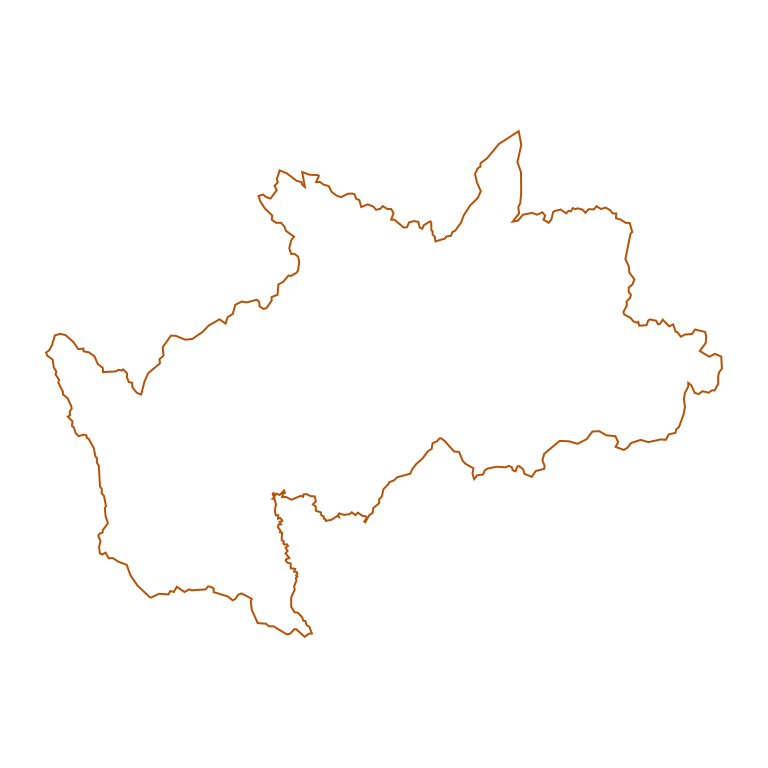 Pasco, Pasco, Peru
{"feature_id": "86281439B9789876914090", "entity_name": "Pasco", "entity_type": "district", "adm_level": 2, "iso_a3": "PER", "parent_name": "Peru", "parent_adm1": "Pasco", "projection": "orthographic", "projection_center": [-76.088, -10.729], "detail": "fine", "context": "isolated", "style": "outline", "palette": "amber", "viewbox_px": 768, "rotation_deg": 0, "n_neighbors": 0, "source": "geoboundaries", "source_scale": "gbopen_adm2", "svg_char_len": 6069}
<svg xmlns="http://www.w3.org/2000/svg" viewBox="0 0 768 768"><path d="M258.5,196.0L260.3,201.3L264.8,208.4L272.3,215.6L271.7,219.7L276.1,222.8L281.1,222.8L284.6,226.9L285.8,230.7L294.0,236.7L291.3,240.2L289.2,248.1L291.2,254.0L294.4,253.8L298.1,256.7L299.3,262.1L298.0,270.6L296.4,272.8L290.9,276.0L288.5,275.5L283.1,281.9L278.4,284.4L277.5,294.8L271.7,297.0L271.6,300.7L266.5,308.0L263.5,309.0L259.7,306.5L259.1,301.7L256.8,299.7L247.0,302.4L241.9,301.5L235.3,304.8L232.8,313.9L227.6,317.1L225.6,323.6L219.5,319.3L208.8,325.5L202.6,331.9L192.4,338.9L185.3,339.7L175.8,335.8L171.0,335.6L162.7,347.2L163.5,355.8L159.5,359.1L159.9,363.4L148.2,373.2L144.5,381.5L141.1,394.5L137.0,392.9L133.7,389.1L132.2,386.6L132.3,382.9L128.8,382.0L126.9,377.2L127.2,373.6L123.1,369.4L121.6,370.6L118.8,369.8L115.6,371.4L103.0,372.1L102.8,367.9L97.8,364.1L94.5,356.4L88.9,352.3L83.6,351.3L83.4,348.6L78.2,349.1L73.4,342.0L65.5,335.1L60.1,333.8L54.9,335.4L52.0,345.2L49.2,350.3L46.1,352.6L47.1,355.5L52.7,359.7L53.8,367.5L56.3,371.5L55.6,374.6L59.0,379.6L58.3,382.5L63.0,391.9L62.8,394.4L67.5,398.0L71.2,406.0L71.7,408.7L69.7,411.5L70.0,415.3L67.8,416.6L72.5,421.4L72.0,426.0L73.9,427.5L75.6,433.1L78.6,436.1L84.0,434.6L86.5,435.5L86.9,438.1L88.6,438.7L93.7,447.9L95.5,456.8L96.9,457.9L96.9,462.6L98.8,465.8L100.0,486.5L101.8,489.0L101.7,493.4L104.0,495.9L106.0,506.0L104.8,508.2L105.6,516.1L107.9,523.3L102.9,530.0L102.6,532.6L99.7,533.6L98.3,535.8L100.5,541.1L99.1,546.9L99.9,553.4L102.4,554.5L105.5,552.6L108.6,558.2L113.0,558.2L118.3,561.7L126.7,564.8L130.4,575.2L137.3,585.3L149.7,597.1L151.0,597.6L159.0,593.8L168.5,594.4L170.2,591.1L173.9,591.9L176.8,586.8L184.5,592.0L189.0,589.4L191.8,590.3L205.7,589.4L208.0,586.5L210.2,586.6L213.7,588.4L213.6,592.1L227.7,596.4L232.6,600.3L235.2,599.1L238.2,594.7L241.6,593.4L251.7,598.8L250.8,601.8L251.8,609.9L257.7,623.1L265.9,623.7L268.9,626.2L273.7,626.4L286.8,634.4L290.1,633.7L294.3,629.2L296.3,629.3L304.6,636.8L309.1,633.6L311.9,633.5L309.4,626.9L306.4,625.0L305.5,621.1L303.2,620.6L302.2,617.4L298.0,612.8L294.5,612.2L291.2,606.8L291.2,597.3L294.7,589.8L294.1,586.3L296.4,580.7L295.9,577.8L297.3,576.6L296.1,575.3L297.4,573.6L296.8,572.0L294.1,571.6L295.1,568.9L290.7,568.2L290.7,563.5L287.4,562.6L285.7,560.7L286.0,559.4L289.3,558.0L285.5,553.4L287.6,551.0L285.6,547.6L288.0,545.9L286.8,544.2L284.7,544.7L283.3,543.6L283.9,541.6L281.7,540.0L282.0,532.7L280.0,532.3L280.6,530.8L277.9,527.3L278.6,524.4L281.0,524.4L279.7,521.8L282.1,521.2L282.2,520.2L280.1,517.9L278.0,518.7L278.2,515.2L275.8,515.3L274.8,510.4L276.0,504.4L274.5,499.1L272.7,498.7L274.3,497.5L272.6,494.3L273.5,493.0L275.3,495.2L276.4,493.6L279.6,495.0L284.1,490.5L284.9,492.8L283.1,493.7L282.0,497.1L286.0,497.0L291.6,499.7L300.5,495.9L303.1,496.7L303.4,494.4L306.6,494.1L310.5,496.1L314.7,496.4L315.9,501.3L312.9,504.4L315.8,506.6L315.7,510.7L320.9,512.4L321.4,515.5L323.7,516.4L323.7,518.6L325.4,519.1L325.7,520.9L331.4,519.8L337.0,516.1L339.0,517.0L338.2,514.8L339.1,513.4L344.1,514.9L349.8,514.1L351.7,512.3L355.4,515.1L357.9,512.7L362.7,516.0L365.5,516.2L366.9,518.1L364.3,521.5L365.2,522.3L369.2,515.2L372.7,512.8L373.2,508.2L379.2,503.1L379.1,499.6L381.9,496.2L383.5,489.1L388.9,483.6L389.0,482.3L394.1,480.3L397.2,477.2L410.3,473.7L412.1,469.3L416.3,464.0L422.6,458.3L428.0,451.2L431.7,448.8L432.5,443.3L437.3,441.1L439.3,438.5L441.1,438.3L444.6,440.9L454.1,451.5L459.1,451.9L462.6,460.7L465.3,463.7L473.4,468.3L472.5,473.7L474.1,479.1L477.2,475.3L483.1,474.5L484.7,470.5L487.3,468.6L496.8,466.7L505.4,467.3L508.9,465.9L511.8,467.1L512.7,470.3L515.5,471.3L517.3,466.5L519.3,466.1L523.2,469.4L524.5,473.9L531.7,476.9L535.8,471.0L544.1,468.9L544.6,465.9L542.4,460.3L544.2,453.8L559.6,440.9L569.0,441.3L577.4,443.8L586.6,439.2L592.4,431.5L599.3,431.2L606.4,435.3L615.4,436.2L618.1,442.2L615.6,446.9L623.9,449.9L627.4,447.7L631.1,443.0L640.7,439.9L648.4,442.1L660.9,439.4L665.8,439.8L668.8,434.4L675.5,432.8L676.0,429.6L679.0,427.0L683.4,414.9L685.0,407.1L683.9,399.2L684.9,392.9L688.3,386.5L688.3,382.9L691.3,385.2L694.7,392.9L698.8,394.0L702.6,391.2L708.7,392.7L712.1,390.2L714.6,390.5L718.2,383.8L718.2,376.1L719.1,372.3L721.9,368.6L721.3,356.7L715.1,353.8L709.4,356.7L699.8,351.0L705.7,343.0L706.2,336.3L705.1,331.9L695.0,329.5L692.0,334.0L685.1,334.5L680.8,336.7L677.3,332.0L675.6,331.7L673.2,324.4L669.2,326.3L662.7,319.7L660.0,323.8L658.0,324.3L656.2,320.8L649.9,319.4L648.2,320.6L646.5,325.2L639.3,325.7L638.2,321.9L636.6,322.6L633.3,321.3L630.6,317.9L624.2,314.5L623.4,312.1L626.9,305.5L626.5,301.6L630.2,297.7L630.9,294.7L628.7,291.9L628.7,287.5L632.5,284.5L634.4,279.2L629.4,272.8L628.7,266.2L625.4,259.1L630.5,233.7L632.2,232.0L629.7,223.0L625.6,222.8L620.9,219.7L615.9,218.2L616.3,213.5L612.7,213.4L610.1,210.1L605.6,207.6L600.9,209.0L596.5,206.2L593.9,209.4L588.6,209.2L585.4,212.8L582.5,209.6L577.5,208.3L575.5,209.2L572.8,208.1L570.9,211.3L568.5,210.8L566.2,213.4L560.6,209.5L554.6,211.0L553.1,212.2L551.3,219.6L548.7,222.8L543.5,219.7L545.2,215.7L542.3,212.3L537.1,214.7L532.1,212.9L523.0,214.7L517.9,220.7L512.7,221.6L519.1,213.4L518.3,207.0L520.3,203.1L521.2,192.3L521.0,172.2L517.4,162.1L521.3,144.9L518.7,131.2L499.0,143.9L487.0,158.3L480.6,163.1L480.2,166.8L477.6,168.4L475.0,173.9L477.0,182.6L480.8,191.2L477.9,197.8L469.9,205.7L463.5,215.9L461.1,222.5L455.2,230.7L452.4,232.0L451.0,235.8L446.4,236.5L444.8,238.6L435.4,241.4L434.8,236.8L432.6,234.6L432.6,231.3L431.4,230.3L431.2,222.5L430.2,221.3L423.8,225.2L422.3,228.7L419.7,227.5L418.4,221.9L414.0,221.1L409.0,222.4L407.0,227.2L403.6,227.5L394.6,219.8L391.2,219.6L393.5,213.1L391.2,209.0L387.2,209.0L382.7,206.1L380.3,208.8L376.1,209.8L373.3,206.5L367.6,204.4L361.3,207.0L359.3,200.1L356.2,198.8L354.5,194.3L352.6,193.6L348.0,193.7L341.1,197.1L336.6,195.6L331.5,191.8L328.8,186.1L323.5,184.6L320.0,182.0L316.1,182.1L318.9,175.9L317.8,175.1L309.3,174.7L302.2,172.1L304.9,187.0L302.2,184.7L301.5,182.1L296.6,180.8L286.7,173.3L279.7,170.4L276.8,179.0L277.8,182.4L274.6,185.7L276.7,190.3L270.5,198.5L266.1,197.1L263.0,194.5L258.5,196.0Z" fill="none" stroke="#b45309" stroke-width="2"/></svg>